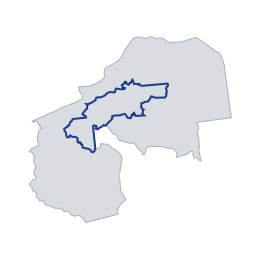 where Central sits in Zambia, rotated 174°
{"feature_id": "ZMB-516", "entity_name": "Central", "entity_type": "Province", "adm_level": 1, "iso_a3": "ZMB", "parent_name": "Zambia", "parent_adm1": "", "projection": "orthographic", "projection_center": [28.771, -13.872], "detail": "medium", "context": "in_parent", "style": "outline", "palette": "blue", "viewbox_px": 256, "rotation_deg": 174, "n_neighbors": 0, "source": "natural_earth", "source_scale": "10m", "svg_char_len": 5427}
<svg xmlns="http://www.w3.org/2000/svg" viewBox="0 0 256 256"><g transform="rotate(174 128 128)"><path d="M172.9,173.9L161.2,173.9L157.0,174.8L153.5,176.2L149.3,178.5L146.9,180.1L146.2,180.9L145.9,182.9L145.9,185.9L145.5,188.0L144.2,190.0L137.9,192.4L133.8,194.3L129.8,196.6L126.7,199.6L124.7,203.3L121.2,207.9L114.1,216.0L109.9,217.6L106.4,217.2L102.2,215.6L98.8,215.3L96.3,216.4L94.0,216.1L91.9,214.4L90.1,213.8L88.7,214.3L86.9,214.2L83.5,213.4L80.6,210.5L79.0,209.3L77.8,208.9L74.3,208.5L66.4,208.0L58.2,209.6L51.0,211.2L43.4,204.9L36.1,198.3L34.6,196.6L31.8,194.4L29.9,193.3L29.1,192.8L27.0,186.7L25.8,181.2L24.2,127.4L57.1,126.6L59.2,126.3L59.3,125.7L57.7,122.9L57.7,121.9L58.1,119.9L59.5,116.0L59.6,114.7L58.8,110.5L58.8,108.1L59.1,103.3L58.9,101.7L59.6,99.5L59.9,98.1L60.2,97.5L59.7,95.8L59.0,90.2L58.6,87.8L60.6,88.1L61.2,89.3L61.6,90.5L62.5,90.6L64.9,91.3L65.8,92.3L66.3,94.6L66.0,95.8L65.3,96.7L66.0,97.6L67.6,98.1L68.6,97.9L71.2,96.3L73.7,95.7L74.9,95.3L80.4,94.2L81.5,93.6L82.2,93.6L82.8,94.0L82.3,95.6L82.2,97.1L82.9,99.8L83.4,101.0L84.5,101.9L85.4,102.4L86.3,103.4L88.2,103.2L92.4,104.5L93.7,105.1L95.5,105.7L96.8,106.0L101.1,106.4L105.7,107.1L108.0,107.2L109.7,107.0L110.9,106.6L111.6,106.1L111.9,105.7L113.6,100.6L114.5,100.2L115.6,99.9L116.3,100.4L117.1,103.6L120.4,106.5L121.5,109.0L122.4,111.1L123.1,111.6L124.3,112.4L126.3,112.6L128.1,112.7L137.0,116.2L138.0,116.9L139.1,118.8L139.8,121.0L140.5,122.7L141.6,123.0L142.7,123.1L143.7,124.3L144.4,125.3L147.1,129.6L147.4,131.3L148.7,132.4L150.4,132.9L152.0,132.9L152.9,132.4L155.2,131.6L157.0,130.6L158.3,130.2L159.0,130.4L159.6,131.1L160.0,133.2L161.3,134.0L162.2,133.7L162.5,132.9L162.6,132.4L162.6,110.3L161.8,110.5L160.8,111.1L158.4,111.2L157.5,111.6L157.2,112.3L157.4,113.3L157.4,114.5L157.1,115.1L156.1,115.3L154.6,114.8L151.9,114.2L149.6,113.8L148.0,112.2L145.8,109.6L144.4,108.4L140.9,105.8L140.3,105.3L139.3,104.0L138.3,102.0L137.5,99.6L137.0,98.1L137.8,95.7L139.9,88.0L140.3,85.7L142.0,83.2L142.1,81.1L141.5,78.3L141.6,76.8L141.9,68.0L141.4,65.2L140.3,62.2L137.7,57.9L137.7,57.0L141.6,54.2L142.8,53.2L144.8,50.9L146.2,49.0L147.0,47.5L147.3,45.5L146.7,43.6L148.0,43.2L180.1,38.4L180.5,39.8L181.5,41.9L182.6,43.5L184.0,45.0L185.1,45.8L185.9,46.1L190.8,46.0L192.6,46.9L194.1,48.0L194.5,49.7L195.5,50.7L196.6,51.6L197.1,51.7L197.9,51.5L199.2,51.5L200.4,51.9L201.0,52.2L201.0,53.6L201.4,54.3L203.1,54.5L204.8,54.7L206.4,55.6L208.2,55.8L210.2,56.3L211.2,57.3L213.3,58.4L216.0,59.4L218.9,61.0L218.9,61.4L219.4,62.4L219.9,63.0L220.0,64.0L220.2,64.9L220.9,65.1L221.6,65.2L222.1,64.6L222.9,64.6L223.8,65.0L224.1,66.1L224.7,67.5L225.8,68.4L226.5,69.4L226.2,71.0L225.7,72.5L227.2,74.1L229.1,75.5L229.6,76.2L229.7,78.3L230.0,79.0L231.2,80.8L231.8,82.0L231.8,82.7L228.3,86.1L226.1,86.6L225.2,87.3L224.6,88.1L225.9,91.6L226.7,92.9L226.0,94.6L224.6,97.4L224.0,97.6L223.8,99.7L224.2,100.5L224.9,101.1L225.2,102.6L225.0,106.2L224.1,110.3L225.6,113.8L226.1,114.2L228.3,114.3L228.6,114.6L228.1,115.6L226.6,117.2L223.8,118.3L219.9,119.6L219.0,120.9L218.5,122.7L218.9,123.9L219.4,124.5L219.2,126.1L218.8,127.9L218.9,129.2L218.7,130.4L218.2,131.0L217.5,132.8L216.6,134.6L215.9,135.4L214.9,136.3L213.4,137.0L213.4,137.3L215.1,138.2L215.6,138.8L215.7,139.2L215.0,140.1L215.8,140.7L216.8,141.2L217.7,142.4L218.7,144.7L218.9,144.9L219.2,145.0L219.8,144.7L220.9,143.8L221.7,143.5L222.6,144.8L206.1,150.2L202.3,151.3L196.5,153.2L194.7,153.9L193.1,154.7L177.9,158.9L175.5,159.8L170.1,162.0L169.9,162.4L170.0,163.4L170.4,165.5L171.4,167.4L172.1,168.5L172.6,171.4L172.9,173.9Z" fill="#d9dde1" stroke="#a8b0b8" stroke-width="1"/><path d="M162.0,134.0L162.6,133.4L162.7,110.4L163.4,109.9L163.8,108.3L166.1,107.5L166.8,108.1L167.8,110.2L169.1,111.2L175.2,113.3L175.1,115.8L176.4,116.8L176.3,118.0L177.5,119.0L178.4,118.3L179.8,119.8L179.1,121.4L179.5,123.5L181.3,124.6L184.3,125.0L186.1,126.6L186.8,126.5L187.2,125.3L187.8,124.9L189.0,125.0L189.9,125.5L190.4,130.1L191.5,132.3L191.5,133.9L188.9,135.3L188.4,135.2L187.8,136.5L187.1,136.4L186.2,136.9L184.9,139.9L183.3,140.6L183.1,141.4L181.7,142.7L167.8,142.7L168.7,143.1L169.4,144.8L171.0,145.4L171.8,146.6L171.2,147.7L169.9,148.6L168.2,150.7L167.5,150.8L166.7,152.0L166.0,155.0L166.9,156.2L164.4,155.8L163.9,156.6L162.7,156.6L160.2,157.6L158.6,158.6L157.6,158.8L156.5,161.4L153.9,161.7L152.4,161.3L148.4,162.4L147.5,162.8L145.3,164.8L143.9,165.3L140.8,165.5L138.0,164.7L137.4,165.0L136.0,168.3L135.4,168.5L131.4,167.3L127.8,167.0L126.9,167.6L126.9,168.2L129.0,168.9L129.7,171.2L129.2,171.8L127.3,172.3L126.4,174.2L125.5,174.3L124.8,173.4L124.9,172.3L122.9,170.9L121.4,172.7L120.5,172.5L118.6,175.7L118.3,175.4L117.3,171.2L112.6,170.7L113.1,170.1L109.9,168.5L83.9,168.0L83.8,165.8L84.6,165.0L85.4,164.9L85.4,164.0L86.1,162.8L85.5,160.2L86.0,159.0L86.5,158.6L86.4,156.7L87.2,155.2L88.3,154.4L98.6,155.4L99.1,156.0L101.3,157.1L102.1,156.8L102.4,155.5L105.3,152.3L108.5,152.2L109.7,151.6L112.2,151.2L112.3,148.6L112.8,147.1L111.6,145.4L110.6,144.7L111.5,144.2L111.5,142.4L112.3,140.7L110.5,138.8L119.2,139.2L119.3,140.2L120.5,142.5L121.6,141.5L121.7,140.2L122.3,140.1L122.9,140.5L124.3,137.5L127.4,138.2L129.0,141.7L129.8,142.4L133.2,141.9L134.1,141.4L139.6,141.8L142.6,141.3L142.6,139.0L146.2,135.9L147.6,135.1L149.6,132.7L150.6,132.7L151.7,133.6L153.9,132.1L156.4,131.1L158.2,129.8L160.3,130.6L160.1,131.3L159.6,131.6L159.5,132.3L159.1,132.5L159.4,133.4L160.9,134.0L162.0,134.0Z" fill="none" stroke="#1e3a8a" stroke-width="2"/></g></svg>